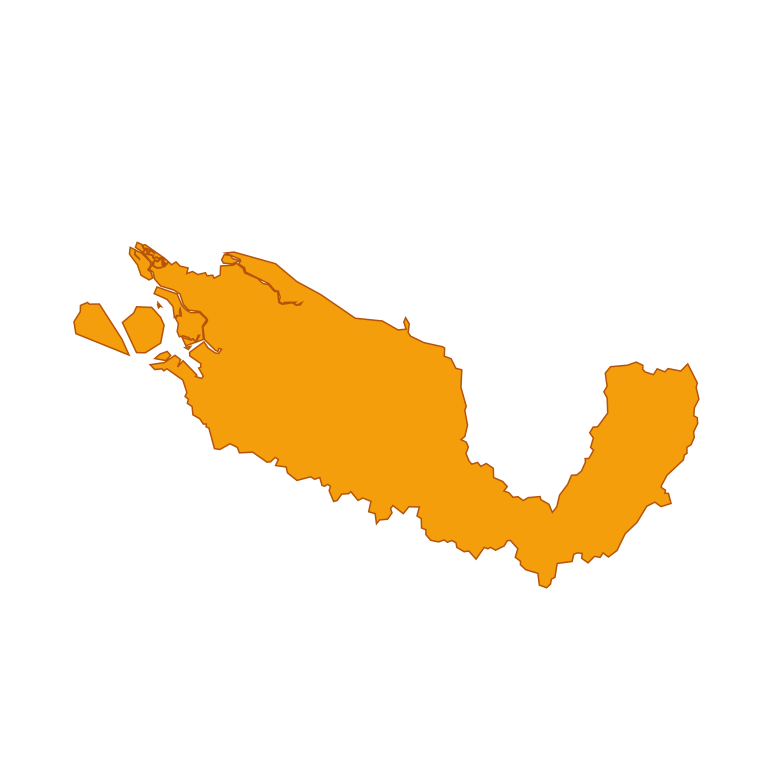 outline of Nunukan, Kalimantan Timur, Indonesia, rotated 202°
{"feature_id": "22746128B24707766174966", "entity_name": "Nunukan", "entity_type": "district", "adm_level": 2, "iso_a3": "IDN", "parent_name": "Indonesia", "parent_adm1": "Kalimantan Timur", "projection": "mercator", "projection_center": [117.147, 3.905], "detail": "fine", "context": "isolated", "style": "filled", "palette": "amber", "viewbox_px": 768, "rotation_deg": 202, "n_neighbors": 0, "source": "geoboundaries", "source_scale": "gbopen_adm2", "svg_char_len": 6160}
<svg xmlns="http://www.w3.org/2000/svg" viewBox="0 0 768 768"><g transform="rotate(202 384 384)"><path d="M388.8,453.5L388.8,448.8L384.0,443.1L391.3,439.4L409.1,441.8L435.3,434.2L476.1,443.2L503.2,446.3L529.6,454.9L572.6,450.1L580.2,446.0L564.2,445.7L563.0,444.1L563.8,440.8L556.8,439.6L554.3,436.0L528.2,433.9L520.3,429.8L516.7,430.5L512.8,425.6L512.2,421.1L508.3,420.4L506.4,422.6L496.6,426.7L497.6,425.1L494.3,424.5L490.7,428.7L491.2,426.1L494.9,424.1L499.4,425.0L508.2,419.8L512.0,420.1L517.2,429.8L520.3,428.8L528.4,432.9L533.9,431.8L540.6,434.4L554.7,434.8L558.0,438.4L566.2,440.7L568.1,437.8L579.7,432.2L576.7,423.6L581.2,418.5L583.6,420.7L588.7,418.0L591.2,420.3L597.7,415.7L603.6,416.6L608.3,412.5L609.1,418.2L617.2,416.9L622.6,419.3L625.6,415.0L629.8,416.6L630.2,413.4L631.1,412.3L631.4,412.5L631.5,412.7L631.2,413.3L632.5,413.2L632.6,414.2L635.1,413.8L633.4,413.6L633.2,412.9L634.1,412.0L632.5,412.0L631.6,411.1L631.7,410.4L633.5,409.8L634.2,408.1L638.1,406.4L642.3,406.9L643.7,407.9L644.5,402.4L640.2,401.3L635.8,395.3L627.9,391.2L614.1,392.4L606.8,391.0L599.8,382.6L593.0,379.3L581.8,382.2L573.7,378.8L571.8,377.6L571.2,375.8L573.2,368.9L567.1,358.0L552.8,352.0L550.2,352.1L550.4,355.2L547.6,355.4L548.7,350.5L552.2,349.5L560.9,351.6L566.7,355.6L576.1,340.5L574.6,337.3L561.5,334.3L560.1,330.9L561.8,329.4L554.4,323.4L555.3,320.8L561.6,320.4L560.9,322.2L579.0,330.3L581.8,322.4L581.7,330.4L588.5,332.3L595.6,321.6L608.1,314.3L602.0,311.5L595.6,314.9L593.1,313.7L591.0,316.8L572.0,312.3L563.6,302.3L563.8,297.9L559.6,296.6L559.1,292.4L553.5,291.2L549.6,283.8L541.9,282.8L536.5,279.2L533.7,280.3L533.0,277.7L529.8,277.5L517.0,260.6L511.6,261.8L504.4,270.9L496.3,270.3L492.3,266.0L480.2,271.6L463.2,267.7L460.1,269.3L457.4,275.1L453.6,274.6L454.0,267.8L443.6,270.4L440.1,265.4L428.6,262.0L417.2,270.5L412.6,269.7L408.5,273.2L403.5,266.8L400.8,266.9L398.5,269.9L395.3,269.0L394.9,264.6L386.7,256.2L383.8,258.4L381.9,266.1L375.7,269.1L374.4,271.8L364.5,266.3L360.8,270.4L352.1,270.3L350.4,259.8L343.7,260.5L338.6,251.6L337.2,256.3L330.0,260.0L328.3,267.6L331.2,270.8L330.2,274.7L317.5,271.0L315.0,279.5L305.1,283.2L304.0,274.0L299.1,273.2L295.3,264.6L290.5,264.5L288.8,260.1L282.2,256.6L274.3,258.0L269.7,262.0L265.9,261.0L262.5,264.3L257.8,263.8L255.3,259.8L246.9,258.5L242.8,260.9L233.0,256.1L229.9,270.0L225.9,270.1L224.2,272.4L218.3,271.7L211.9,278.9L211.0,284.9L208.2,286.3L198.2,281.4L197.4,272.5L191.1,270.8L189.8,267.5L183.0,264.9L170.4,266.1L164.6,255.7L156.9,256.0L154.7,261.0L155.7,265.8L153.1,268.7L156.2,282.5L143.1,289.9L144.2,297.3L141.4,299.9L136.8,301.1L135.4,296.4L127.8,294.6L124.2,303.1L118.7,304.2L117.6,309.4L111.1,307.7L105.6,316.9L104.3,335.5L97.6,350.5L94.5,369.2L88.6,375.9L81.2,374.1L73.1,380.8L79.3,389.1L82.8,388.0L83.2,391.0L88.3,392.0L88.7,393.9L87.4,405.5L78.0,425.8L78.9,430.7L77.1,433.3L79.5,438.8L76.6,442.6L76.3,450.7L79.0,455.5L78.4,464.9L80.9,470.1L84.9,470.6L87.3,478.3L86.4,488.0L93.2,497.6L93.9,502.4L109.9,516.4L113.7,507.2L126.4,504.7L128.1,500.5L136.4,500.4L137.7,493.6L146.4,493.0L149.5,494.4L151.0,498.3L158.3,498.8L165.5,492.5L180.4,484.9L182.9,477.0L176.3,465.4L177.2,459.1L171.8,454.6L165.7,440.8L169.9,424.3L174.0,422.3L175.0,415.8L169.6,412.3L168.7,402.5L164.9,401.1L166.1,391.8L169.6,390.2L167.9,387.0L168.3,377.2L171.1,372.0L176.0,369.6L176.1,359.8L179.6,346.7L177.8,334.8L179.8,328.0L186.1,334.3L195.2,335.5L197.1,338.1L207.7,332.7L211.3,328.1L217.5,329.7L221.9,327.3L227.5,330.0L232.8,329.8L231.3,335.1L237.4,338.1L247.3,338.3L251.1,346.8L259.4,348.6L263.4,343.9L267.8,346.3L272.6,342.6L275.8,344.1L282.0,350.2L282.1,357.0L285.9,360.9L291.8,361.3L289.4,365.6L291.1,377.1L299.2,389.8L299.4,394.1L311.4,409.7L317.2,426.3L323.3,425.5L331.3,432.6L338.5,432.3L341.2,440.0L343.5,440.5L362.6,437.3L377.1,438.3L380.8,440.6L383.1,449.2L388.8,453.5ZM688.6,315.3L631.2,315.3L643.7,327.3L677.9,351.5L687.0,347.7L689.5,348.5L694.9,343.1L692.7,337.3L694.8,325.6L688.6,315.3ZM625.2,320.4L617.0,323.5L606.4,338.3L609.9,356.1L616.1,362.1L628.1,368.0L642.3,362.9L642.7,356.0L649.6,343.0L625.2,320.4ZM589.0,351.8L582.0,345.2L568.1,357.6L574.0,369.4L572.5,377.3L582.1,381.2L589.7,377.7L595.2,378.5L601.0,381.3L609.6,390.0L630.9,388.9L631.0,381.7L616.9,381.2L608.6,376.7L603.3,367.1L601.5,370.3L597.7,371.1L600.6,373.8L601.7,378.5L597.4,371.3L601.1,369.9L601.7,366.6L597.3,363.0L595.4,355.1L591.4,351.1L588.2,353.5L582.3,353.9L579.9,352.7L578.2,354.4L574.2,353.0L574.5,359.5L573.2,360.1L573.9,352.6L578.2,354.1L579.4,352.4L589.0,351.8ZM650.0,393.8L640.8,392.5L638.1,395.7L642.1,400.5L645.7,401.3L644.7,406.6L646.4,409.8L657.7,414.5L664.4,415.0L663.4,410.5L661.9,410.4L657.5,408.4L657.4,408.0L663.6,410.5L664.8,415.2L670.5,415.6L668.7,409.1L657.3,402.2L650.0,393.8ZM597.2,333.0L602.8,328.0L606.1,321.7L595.1,324.0L592.5,330.5L597.2,333.0ZM580.5,444.1L581.1,438.4L578.2,435.9L569.7,438.5L564.0,444.2L571.6,443.6L574.4,445.7L580.5,444.1ZM649.1,416.6L646.1,416.7L645.7,416.3L645.8,414.8L644.4,414.3L643.1,416.3L641.6,416.6L639.5,415.8L639.2,416.9L636.6,418.8L657.5,423.7L659.7,422.5L657.6,419.8L655.9,420.6L651.7,420.8L651.1,420.5L650.8,419.2L650.4,420.5L649.6,420.7L644.8,418.7L649.9,420.5L650.6,418.8L651.4,419.2L651.4,420.6L656.1,420.1L652.0,417.8L652.8,415.7L649.1,416.6ZM646.5,416.5L652.8,415.5L653.3,416.3L652.1,417.8L656.2,419.3L656.2,415.5L644.0,409.0L643.2,412.8L641.5,413.4L639.8,412.6L639.6,413.9L638.9,414.9L638.3,415.3L642.5,416.3L643.9,414.3L644.8,414.2L645.9,414.7L646.5,416.5ZM636.6,416.7L634.7,417.6L639.1,416.7L638.2,415.4L639.8,412.4L643.2,412.6L642.3,407.4L638.3,406.8L634.2,408.4L633.6,410.2L631.8,410.7L634.2,411.9L633.5,413.5L635.3,413.1L635.4,413.8L634.4,414.6L634.7,414.7L635.3,414.1L635.7,414.2L635.7,414.9L636.5,416.1L636.6,416.7ZM665.7,417.6L656.8,415.8L656.4,419.2L658.1,419.7L660.9,422.7L665.9,422.9L665.7,417.6ZM636.6,416.7L635.7,415.1L635.4,414.2L634.7,414.9L632.5,414.3L631.1,413.5L631.2,412.4L630.3,413.5L629.9,416.7L636.0,418.8L637.6,417.4L634.7,417.8L634.5,416.5L636.6,416.7ZM582.1,343.2L578.3,342.7L577.3,346.5L582.1,343.2ZM624.1,374.7L623.0,372.2L619.6,372.4L624.1,374.7ZM623.0,372.0L621.6,370.2L621.0,371.5L623.0,372.0Z" fill="#f59e0b" stroke="#b45309" stroke-width="1.5"/></g></svg>